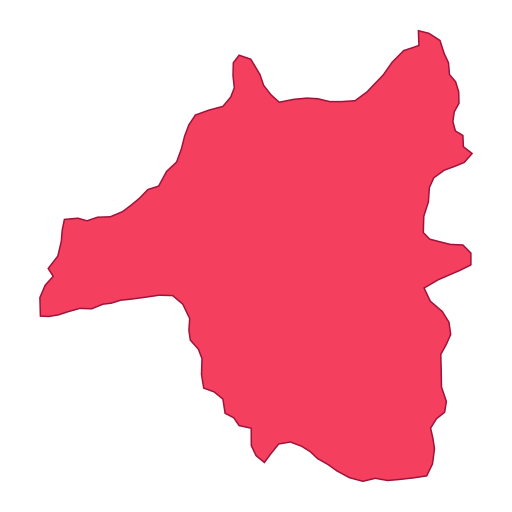 Arroio do Padre, Rio Grande do Sul, Brazil
{"feature_id": "56859067B75145798088973", "entity_name": "Arroio do Padre", "entity_type": "district", "adm_level": 2, "iso_a3": "BRA", "parent_name": "Brazil", "parent_adm1": "Rio Grande do Sul", "projection": "mercator", "projection_center": [-52.399, -31.438], "detail": "fine", "context": "isolated", "style": "filled", "palette": "rose", "viewbox_px": 512, "rotation_deg": 0, "n_neighbors": 0, "source": "geoboundaries", "source_scale": "gbopen_adm2", "svg_char_len": 1781}
<svg xmlns="http://www.w3.org/2000/svg" viewBox="0 0 512 512"><path d="M264.4,462.5L270.4,454.3L278.7,444.0L290.4,442.0L301.5,446.2L310.2,451.6L317.7,458.7L328.0,464.5L337.2,471.1L349.5,477.7L362.9,481.3L375.3,478.3L387.6,480.5L399.1,479.5L413.3,477.9L426.7,475.9L432.5,463.9L434.5,448.6L432.8,437.8L430.6,428.2L436.4,418.8L444.6,412.3L446.4,401.5L441.5,387.1L441.2,370.2L440.8,354.4L446.4,344.2L450.7,334.5L449.0,322.3L442.3,311.5L430.3,301.2L424.1,288.0L438.1,279.8L451.2,274.1L460.9,269.9L470.9,264.9L470.9,253.1L462.9,245.0L450.3,244.4L438.4,241.4L429.8,239.2L423.3,232.6L423.8,216.2L428.4,201.9L429.4,187.5L433.8,177.8L444.2,170.2L455.6,166.0L464.3,162.4L472.1,153.5L463.4,146.7L462.9,135.5L455.4,130.9L452.9,121.8L454.2,112.0L459.0,103.2L458.7,91.9L455.6,81.7L449.5,74.6L448.5,62.8L444.2,53.6L440.0,40.5L428.9,33.3L418.4,30.7L418.9,45.5L403.7,50.6L392.2,62.2L383.1,75.1L375.2,83.3L367.0,91.9L355.1,100.7L341.6,101.6L329.7,101.6L317.7,98.7L306.8,98.1L294.0,99.3L279.2,102.2L270.9,94.7L263.6,85.3L260.0,74.6L250.8,59.2L239.1,55.2L233.3,62.8L233.0,75.7L234.3,87.9L230.7,97.1L222.9,106.4L209.3,110.0L195.4,115.0L188.9,124.8L184.5,136.5L181.4,148.9L176.6,162.0L166.6,171.4L158.6,186.1L147.9,189.5L139.4,198.3L130.7,205.5L122.4,211.7L110.1,216.8L97.6,217.2L87.0,220.8L78.0,218.2L64.4,219.4L62.2,230.2L61.3,241.4L57.8,256.1L48.2,268.5L53.2,276.3L45.2,285.2L39.9,297.6L40.4,316.1L48.7,316.5L58.3,314.9L67.4,311.9L79.7,308.4L91.6,308.8L102.8,304.2L111.2,303.2L120.7,300.2L130.7,299.2L145.5,297.2L159.1,295.2L172.7,295.6L182.8,304.2L189.7,318.5L188.9,330.3L190.3,340.1L198.4,349.2L202.0,358.6L201.5,374.4L203.7,388.1L214.1,391.9L222.9,399.1L225.1,413.3L233.8,417.8L239.1,425.6L251.2,428.2L251.3,445.6L256.1,455.7L264.4,462.5Z" fill="#f43f5e" stroke="#9f1239" stroke-width="1.5"/></svg>